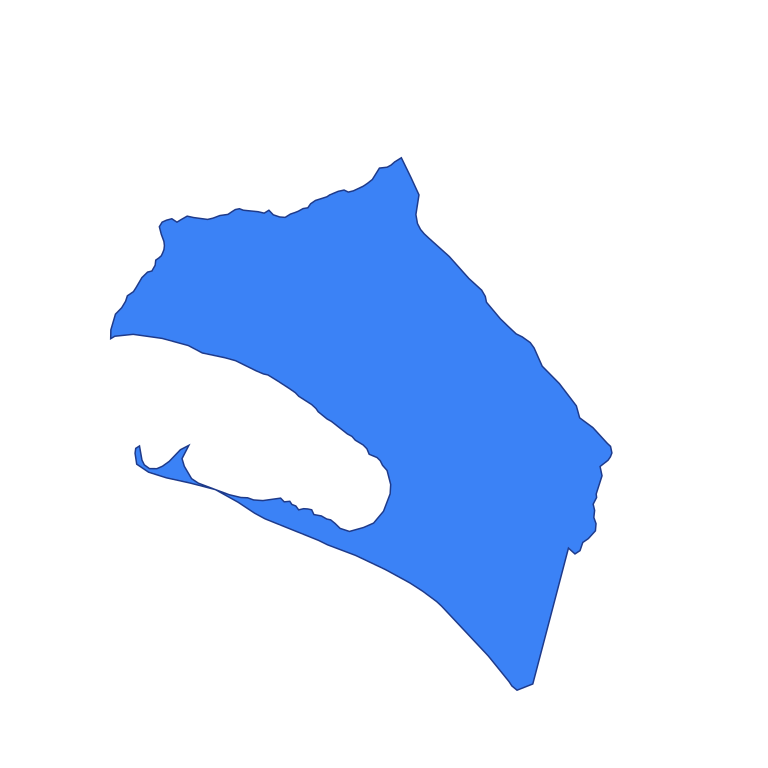 the district of Tapes, Rio Grande do Sul, Brazil, rotated 118°
{"feature_id": "56859067B78900778631791", "entity_name": "Tapes", "entity_type": "district", "adm_level": 2, "iso_a3": "BRA", "parent_name": "Brazil", "parent_adm1": "Rio Grande do Sul", "projection": "orthographic", "projection_center": [-51.425, -30.676], "detail": "fine", "context": "isolated", "style": "filled", "palette": "blue", "viewbox_px": 768, "rotation_deg": 118, "n_neighbors": 0, "source": "geoboundaries", "source_scale": "gbopen_adm2", "svg_char_len": 2608}
<svg xmlns="http://www.w3.org/2000/svg" viewBox="0 0 768 768"><g transform="rotate(118 384 384)"><path d="M381.8,643.7L386.6,641.8L393.2,642.0L396.2,645.3L403.7,647.7L415.5,648.2L420.1,648.6L426.6,652.0L432.3,651.0L439.8,651.4L448.4,653.9L464.4,650.6L472.3,646.6L468.2,644.1L457.9,628.8L447.9,601.3L441.9,574.8L441.9,559.0L435.5,536.8L433.1,526.0L432.4,503.1L431.7,495.1L430.5,490.8L431.2,479.7L432.4,465.9L433.3,458.2L434.9,453.4L436.1,438.2L437.6,432.5L439.4,429.1L441.6,417.9L441.7,412.9L445.3,392.8L445.3,387.7L447.1,383.0L447.3,379.1L447.6,373.8L449.2,368.7L453.0,364.1L452.2,355.6L453.5,351.3L456.5,347.1L458.9,340.7L463.7,336.3L469.6,330.9L478.1,327.0L496.6,324.7L511.7,327.9L520.3,334.7L530.4,345.3L532.1,355.0L530.1,361.7L529.0,367.3L530.1,371.2L529.9,377.4L532.2,384.6L529.0,388.8L530.1,392.6L531.8,396.4L535.2,400.3L533.1,404.6L533.6,408.8L531.8,412.1L534.9,416.8L533.3,421.7L543.8,436.2L547.6,444.7L548.5,451.0L551.4,457.1L554.4,468.6L556.4,483.3L556.9,457.2L558.8,437.7L558.9,425.8L552.8,368.3L552.5,358.4L548.7,328.7L547.2,295.5L547.5,267.9L548.8,252.5L551.4,235.3L553.1,228.9L575.1,164.4L588.1,133.8L590.6,129.3L591.9,122.8L579.0,111.8L442.3,144.1L444.4,135.6L439.1,132.7L430.6,134.1L424.6,131.0L414.4,128.4L407.8,131.2L403.3,136.1L396.7,138.7L391.9,142.9L384.4,143.0L381.5,145.0L362.7,148.4L355.4,154.5L346.2,150.4L342.0,149.9L337.9,150.4L332.7,154.7L331.6,158.9L324.5,178.9L322.0,195.4L313.0,203.9L310.7,208.9L301.3,229.4L294.0,252.7L281.7,268.4L278.8,274.3L277.5,284.0L277.7,290.9L274.7,301.9L271.8,311.9L263.7,331.9L259.1,335.7L255.3,341.8L251.0,358.6L240.8,386.2L234.0,413.6L232.5,419.1L230.4,424.3L226.6,429.8L219.4,435.4L200.6,441.9L189.2,456.9L176.1,474.9L182.8,478.8L187.3,480.5L191.1,483.0L195.5,489.4L208.9,490.3L214.6,492.8L219.1,495.2L227.8,501.7L231.3,505.6L231.5,510.3L235.4,514.9L242.5,520.7L245.5,522.3L248.4,525.1L254.1,530.7L259.3,533.4L264.2,534.0L267.1,537.8L271.7,540.8L274.4,543.1L277.9,546.4L283.3,549.5L285.5,554.5L286.6,561.2L284.6,567.2L289.4,570.0L291.0,576.1L296.6,589.8L297.1,593.9L299.8,597.2L303.5,599.3L307.5,601.4L312.3,608.0L317.8,612.8L321.5,617.0L326.4,630.2L328.2,636.6L333.9,640.2L338.3,642.8L337.7,648.9L341.5,653.0L345.3,655.9L350.6,656.2L356.3,651.0L361.5,645.2L365.0,642.8L368.6,641.4L371.9,641.0L375.3,640.8L378.5,642.0L381.8,643.7ZM556.4,483.3L558.7,501.4L557.9,509.5L550.4,521.7L544.7,527.3L529.8,527.5L537.6,532.9L553.1,537.3L560.6,541.0L565.4,544.8L568.8,551.4L567.9,557.7L564.8,562.0L553.5,570.8L557.4,573.0L562.0,571.3L570.9,564.7L572.4,550.4L569.0,532.1L562.4,508.4L556.4,483.3Z" fill="#3b82f6" stroke="#1e3a8a" stroke-width="1.5"/></g></svg>